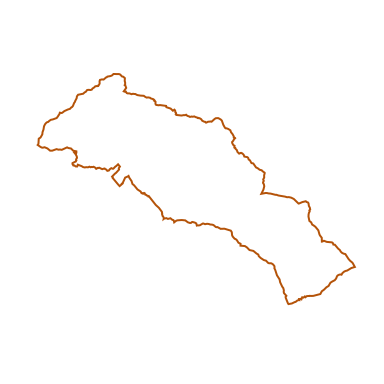 Dofteana, Bacau, Romania, rotated 253°
{"feature_id": "2599482B75140484228635", "entity_name": "Dofteana", "entity_type": "district", "adm_level": 2, "iso_a3": "ROU", "parent_name": "Romania", "parent_adm1": "Bacau", "projection": "mercator", "projection_center": [26.493, 46.301], "detail": "fine", "context": "isolated", "style": "outline", "palette": "amber", "viewbox_px": 384, "rotation_deg": 253, "n_neighbors": 0, "source": "geoboundaries", "source_scale": "gbopen_adm2", "svg_char_len": 6002}
<svg xmlns="http://www.w3.org/2000/svg" viewBox="0 0 384 384"><g transform="rotate(253 192 192)"><path d="M247.1,241.6L251.6,241.4L252.9,240.7L254.9,238.8L255.2,238.0L255.6,236.2L255.2,234.9L253.5,231.3L253.9,230.7L254.5,227.8L254.3,226.8L254.2,225.7L255.2,225.2L255.5,224.4L257.2,222.6L258.9,222.1L260.4,220.8L260.5,220.2L261.1,219.6L261.1,219.0L261.9,218.5L262.5,217.4L263.6,216.3L263.8,214.6L264.3,213.7L264.3,212.6L264.6,211.7L265.0,211.5L266.2,209.8L267.6,209.0L267.5,207.7L267.9,206.8L268.2,204.3L270.3,199.5L271.0,199.5L271.2,199.3L271.7,199.8L272.6,199.8L273.0,199.4L274.9,199.7L275.9,199.2L275.3,197.5L278.0,196.0L280.6,192.3L281.9,192.4L284.5,186.8L284.7,185.4L285.7,183.3L286.2,182.9L287.2,182.9L289.0,183.5L289.8,182.9L289.8,183.2L291.1,182.8L292.0,182.2L293.6,179.9L294.4,179.4L295.3,177.7L295.5,176.3L296.5,175.2L298.1,174.0L299.3,170.8L300.7,168.0L302.3,166.4L302.7,165.2L303.2,164.3L303.2,162.8L304.6,161.0L305.1,159.3L305.7,158.5L307.3,158.1L307.3,157.4L308.2,156.2L310.8,159.5L313.1,159.4L313.9,158.9L314.3,159.5L316.4,160.1L317.8,160.1L320.5,161.1L322.3,160.0L323.0,158.8L325.3,157.7L326.1,156.7L327.8,151.4L326.9,149.7L326.7,148.0L327.1,144.8L326.7,144.1L326.7,143.4L325.4,140.4L325.5,139.9L326.0,138.9L326.1,136.8L325.0,136.0L322.8,135.4L321.7,134.5L321.4,133.6L320.8,133.3L321.0,132.0L321.3,131.5L321.3,130.2L320.7,129.3L320.0,127.0L319.2,126.1L319.2,124.8L319.9,123.1L320.1,122.3L320.1,121.3L319.2,120.2L318.8,119.5L318.7,118.5L317.8,116.7L318.3,111.5L317.1,109.9L315.4,109.1L313.2,106.9L312.6,106.6L311.5,105.2L309.2,103.4L308.4,102.3L308.1,101.1L307.2,99.6L307.2,97.4L306.7,93.6L305.7,91.1L305.7,90.3L306.5,88.8L304.9,87.7L304.5,86.9L303.6,86.0L302.3,84.2L302.1,80.1L302.3,78.1L301.7,76.2L301.1,75.1L301.1,73.8L300.8,72.9L299.8,71.3L298.1,69.7L295.1,68.2L293.0,66.6L290.9,65.7L288.5,63.2L288.2,62.5L288.0,61.6L287.7,61.0L283.4,59.4L282.6,58.9L282.1,58.2L279.3,60.4L278.3,61.5L278.0,62.3L277.9,64.1L275.9,66.5L273.0,68.4L272.4,70.4L272.6,75.0L271.5,76.7L271.2,78.2L270.4,79.8L271.2,85.6L270.2,86.6L269.0,89.0L266.2,90.5L264.7,93.3L263.6,93.0L262.8,92.5L263.1,91.9L264.3,91.5L264.2,90.9L262.0,91.8L259.8,92.2L258.3,92.0L257.2,90.8L256.5,90.5L256.0,90.6L255.8,90.2L255.2,89.9L254.6,86.2L254.2,86.0L253.4,85.9L252.1,86.3L252.2,86.8L251.9,87.1L250.4,88.3L250.0,89.7L251.5,90.8L249.0,94.0L247.7,95.1L246.8,96.7L246.7,98.0L246.0,99.8L246.2,101.3L245.3,102.3L245.4,103.0L244.9,104.2L244.9,105.3L243.3,106.8L242.3,107.0L242.2,107.2L242.4,107.4L242.2,107.6L242.6,108.8L242.3,109.4L242.4,110.3L240.1,112.8L240.1,114.8L240.0,115.3L239.6,115.4L238.5,116.6L237.0,117.2L236.9,117.6L236.9,118.9L237.8,120.0L238.4,121.8L237.4,123.0L237.3,123.6L238.7,126.1L239.0,127.2L240.1,129.4L237.4,130.5L236.1,128.9L234.8,128.8L232.5,124.9L232.1,123.7L230.1,120.1L229.2,120.5L228.8,120.2L220.9,123.5L218.8,124.5L220.3,127.9L220.6,127.7L220.8,128.3L225.3,132.3L225.6,135.1L225.9,136.0L224.0,136.2L220.1,137.4L217.1,137.4L215.3,138.6L210.4,140.6L207.5,143.0L205.7,143.4L205.4,144.4L205.1,144.4L205.2,145.0L204.6,145.2L204.8,146.3L203.1,146.6L203.1,146.9L202.5,147.5L201.9,147.7L201.2,148.7L200.5,148.9L200.6,149.5L190.1,153.6L186.6,155.7L181.9,157.4L180.1,157.2L179.8,156.9L177.5,156.9L177.1,157.2L175.5,157.5L174.5,157.0L174.7,157.5L174.5,159.8L173.3,161.1L173.2,163.7L171.2,165.0L170.5,166.0L169.9,166.2L168.2,166.1L169.1,168.4L169.2,169.6L168.2,174.0L166.8,177.3L164.2,179.2L162.9,181.1L162.8,182.3L163.2,182.9L163.2,183.7L161.9,185.8L160.7,186.9L158.5,186.8L158.5,187.5L158.1,188.5L157.9,189.9L158.7,193.1L158.5,193.7L157.4,195.1L157.2,197.1L156.5,198.7L155.6,199.9L154.9,201.7L154.1,202.9L151.6,204.5L151.2,205.1L151.0,206.1L148.4,208.6L147.4,212.3L143.7,217.8L141.9,218.3L139.0,217.7L137.5,217.9L134.8,219.1L134.3,219.9L132.9,220.8L129.9,221.6L128.3,223.3L126.5,222.7L124.8,226.8L123.0,228.3L119.7,230.0L117.7,233.5L114.3,235.7L112.8,237.1L111.1,237.1L108.8,238.4L105.9,240.8L104.7,242.7L101.9,244.1L101.3,244.9L100.7,246.8L100.2,247.4L99.1,248.3L97.2,249.1L96.1,249.0L95.0,248.5L93.1,248.8L87.5,248.9L82.8,250.2L79.9,249.9L75.1,250.6L73.4,251.2L71.1,251.1L69.7,250.5L68.4,250.4L65.1,251.9L64.3,250.8L63.4,250.7L57.6,251.2L56.6,251.5L56.2,254.9L56.7,258.1L56.6,258.9L57.4,260.9L57.5,262.3L57.2,263.0L58.3,263.1L58.1,263.7L58.1,264.7L57.4,265.3L59.1,266.6L58.4,267.8L59.1,269.3L58.2,269.8L58.8,271.0L58.8,271.8L58.2,273.9L58.3,274.3L57.9,275.1L57.2,277.6L56.9,284.9L59.1,287.1L60.0,289.7L61.6,292.7L62.2,295.1L64.8,297.9L65.4,300.0L65.9,302.7L67.1,304.5L69.0,306.0L69.6,306.9L69.9,308.7L69.7,310.0L69.2,310.8L70.5,312.2L71.4,314.3L71.6,315.8L71.5,317.4L72.7,322.2L72.7,325.8L76.6,325.0L77.6,324.7L80.0,323.1L82.2,322.1L87.8,320.5L88.7,319.0L89.9,317.7L91.5,316.8L93.3,316.4L95.1,315.2L99.8,313.2L100.4,311.8L101.9,311.8L102.9,311.1L104.9,306.3L106.8,303.9L106.5,302.3L106.6,301.7L110.3,302.7L113.0,301.7L114.1,301.5L118.4,301.6L122.7,299.8L124.5,298.5L125.7,297.4L128.1,297.1L130.0,295.8L134.4,296.2L136.4,296.9L138.0,297.8L138.9,298.8L139.5,299.0L139.9,298.8L140.7,299.5L140.8,299.9L142.4,300.1L144.6,299.7L147.0,300.1L148.0,299.9L149.0,298.6L149.9,298.1L150.1,294.6L149.7,290.9L149.8,290.5L155.6,287.3L157.6,285.2L158.8,283.1L159.2,281.4L160.4,279.6L163.4,273.6L164.6,272.0L164.9,271.0L167.5,266.7L168.4,264.5L169.0,263.6L169.5,262.3L170.0,257.8L173.4,261.0L176.4,262.8L178.4,263.0L179.6,262.6L180.6,262.8L181.0,263.4L181.8,263.9L183.0,263.7L183.6,264.1L184.6,265.2L187.0,265.9L188.5,266.9L189.2,267.1L191.3,265.5L192.4,265.0L193.5,263.2L195.5,261.8L196.8,260.4L201.2,259.0L201.6,258.7L202.2,257.4L202.6,257.2L205.3,256.7L206.5,255.7L208.1,255.7L209.1,255.2L210.6,252.4L212.5,252.3L214.2,251.4L214.8,250.7L214.7,250.6L215.2,249.7L214.9,248.8L214.9,248.3L217.0,247.2L219.1,247.1L220.4,246.3L221.5,246.3L221.8,245.6L222.3,245.5L223.8,246.2L224.7,245.3L226.7,244.8L228.0,244.9L229.0,246.5L230.1,247.5L230.9,249.0L231.2,248.9L232.0,247.9L233.0,248.2L235.5,247.7L237.7,246.8L239.8,246.7L241.7,245.1L242.9,243.5L243.0,242.9L243.8,242.3L247.1,241.6Z" fill="none" stroke="#b45309" stroke-width="2"/></g></svg>